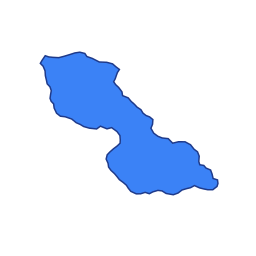 Arantina, Minas Gerais, Brazil (Equal Earth projection), rotated 284°
{"feature_id": "56859067B73704269886290", "entity_name": "Arantina", "entity_type": "district", "adm_level": 2, "iso_a3": "BRA", "parent_name": "Brazil", "parent_adm1": "Minas Gerais", "projection": "equal_earth", "projection_center": [-44.228, -21.901], "detail": "fine", "context": "isolated", "style": "filled", "palette": "blue", "viewbox_px": 256, "rotation_deg": 284, "n_neighbors": 0, "source": "geoboundaries", "source_scale": "gbopen_adm2", "svg_char_len": 1539}
<svg xmlns="http://www.w3.org/2000/svg" viewBox="0 0 256 256"><g transform="rotate(284 128 128)"><path d="M69.4,164.6L72.0,167.5L74.7,172.1L75.2,176.2L73.7,180.8L74.2,188.1L77.0,192.3L80.9,195.4L83.4,199.6L85.2,203.1L88.2,206.4L87.2,212.0L87.2,216.3L87.4,220.3L88.6,225.2L92.8,228.5L95.9,228.7L99.3,227.4L99.6,222.8L103.7,220.7L107.2,218.3L108.0,213.4L110.0,210.6L109.7,206.5L112.6,204.8L117.9,203.9L121.7,201.2L123.4,197.2L126.9,192.7L128.4,186.7L126.9,180.4L124.1,175.0L127.4,169.6L126.6,163.6L127.2,159.0L129.2,154.2L133.3,150.3L137.6,150.9L142.2,150.1L144.0,146.3L144.5,142.4L146.1,138.9L148.9,136.1L150.5,131.6L152.5,128.6L154.5,124.7L157.3,120.9L158.1,114.9L161.6,113.4L165.1,109.1L167.1,105.5L169.4,102.9L172.7,103.7L176.4,104.0L179.3,104.3L182.7,105.5L184.5,101.4L186.5,97.5L186.6,91.5L185.1,84.2L186.9,76.4L187.4,70.8L189.9,68.1L189.9,62.9L188.0,58.3L185.2,53.8L182.1,48.6L179.5,43.8L178.4,38.1L177.8,34.0L178.1,30.2L173.0,28.3L169.5,27.3L167.4,30.7L163.4,33.7L158.7,35.2L154.6,37.3L151.3,38.9L149.1,42.3L145.7,44.5L141.5,44.8L137.9,45.2L135.3,47.0L133.4,50.0L129.5,51.5L125.1,55.1L123.1,59.5L123.7,64.4L123.1,71.2L120.6,76.5L119.9,80.8L118.7,84.6L118.5,90.6L119.5,97.8L123.1,100.8L122.1,107.8L124.4,112.0L121.9,118.2L118.7,122.0L114.5,123.4L111.3,124.0L108.0,121.9L104.4,119.0L100.5,116.3L97.0,114.3L92.6,114.3L88.9,117.2L85.4,118.6L82.7,121.8L80.5,125.9L78.2,129.1L75.8,132.1L74.1,136.3L72.1,140.3L69.5,143.0L67.2,146.1L66.1,151.9L67.2,156.1L69.7,160.2L69.4,164.6Z" fill="#3b82f6" stroke="#1e3a8a" stroke-width="1.5"/></g></svg>